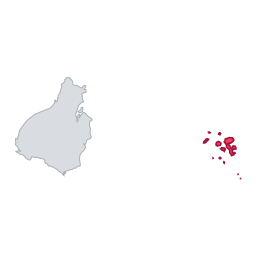 location of Galápagos within Ecuador, rotated 180°
{"feature_id": "ECU-1270", "entity_name": "Galápagos", "entity_type": "Province", "adm_level": 1, "iso_a3": "ECU", "parent_name": "Ecuador", "parent_adm1": "", "projection": "robinson", "projection_center": [-90.747, 0.131], "detail": "fine", "context": "in_parent", "style": "filled", "palette": "rose", "viewbox_px": 256, "rotation_deg": 180, "n_neighbors": 0, "source": "natural_earth", "source_scale": "10m", "svg_char_len": 7699}
<svg xmlns="http://www.w3.org/2000/svg" viewBox="0 0 256 256"><g transform="rotate(180 128 128)"><path d="M240.2,104.3L239.5,104.9L237.6,105.1L236.2,104.6L235.6,104.6L235.5,105.1L237.4,106.5L238.3,108.9L239.6,110.4L240.5,111.1L240.5,111.7L240.3,112.6L240.2,113.5L240.6,117.2L240.3,117.4L239.3,117.4L238.5,116.8L236.3,126.0L229.3,135.2L221.3,141.7L212.2,145.4L205.4,148.1L204.4,149.1L201.1,153.7L200.9,154.1L201.4,154.9L201.4,155.4L200.9,155.7L200.5,155.8L200.3,155.5L200.2,155.0L199.7,154.4L199.2,154.3L198.9,154.4L198.9,154.9L198.2,157.4L198.2,158.6L197.9,159.1L197.9,160.2L197.2,161.2L196.7,162.8L196.1,163.4L195.4,166.0L194.4,168.5L194.3,169.4L194.6,170.0L194.7,170.5L194.3,172.1L191.9,173.7L191.3,174.4L191.1,175.3L191.2,176.0L191.1,176.6L190.4,176.9L189.6,178.3L189.0,178.6L187.6,178.1L186.5,178.1L185.6,177.7L183.9,175.2L183.3,173.8L183.1,171.8L181.5,170.5L179.4,170.8L178.7,170.4L177.2,169.5L175.8,168.5L174.8,168.1L174.0,168.3L172.7,169.9L171.5,170.6L171.0,170.6L170.2,170.1L170.1,169.6L171.9,166.7L170.6,166.7L170.1,166.1L170.0,165.4L169.8,164.6L170.1,163.7L170.8,163.2L171.9,163.6L172.6,163.6L173.1,162.8L174.1,162.1L174.3,161.7L173.8,160.3L173.6,159.6L173.8,159.2L173.7,157.7L173.4,157.1L173.4,156.3L173.1,155.8L173.0,154.8L172.3,154.2L174.6,153.3L175.4,152.5L176.3,151.8L177.2,150.7L177.8,149.7L179.1,145.0L180.4,141.9L180.2,140.5L179.1,138.6L178.9,135.7L179.0,134.8L178.9,134.2L178.2,135.3L178.3,139.6L177.7,141.5L176.9,141.9L176.3,141.6L176.6,138.5L176.0,139.1L175.0,141.2L173.4,142.7L173.3,143.2L172.9,143.9L171.6,143.3L170.7,142.7L167.5,139.2L165.5,138.4L164.2,137.2L164.0,136.7L163.8,136.0L165.1,135.3L166.4,134.3L166.5,132.1L166.5,130.4L165.5,127.5L166.0,123.7L165.8,122.3L164.7,119.1L165.5,117.5L168.4,116.4L169.4,115.6L170.0,113.1L170.7,111.6L172.0,112.2L173.0,112.1L171.6,111.6L170.5,109.3L170.3,108.3L172.5,105.2L173.6,104.4L175.0,102.8L176.2,100.3L176.5,96.4L176.0,93.7L175.6,90.7L176.3,90.0L178.1,89.6L179.5,88.7L180.3,87.8L182.0,87.9L184.0,86.6L187.1,85.9L191.6,84.3L192.5,83.0L192.1,80.5L193.7,82.0L194.5,83.2L196.8,84.4L199.5,86.8L201.2,87.9L203.2,89.0L206.0,90.1L207.7,89.9L208.4,91.7L209.0,92.2L210.7,92.8L210.8,93.0L211.5,96.2L211.8,96.7L213.2,97.2L214.9,97.4L215.6,97.3L217.1,98.2L219.4,98.9L220.3,99.0L220.7,98.9L220.8,98.5L221.5,98.6L222.5,99.0L223.9,99.1L224.8,98.7L225.0,96.9L225.4,96.5L226.4,95.9L226.9,96.0L229.7,97.4L230.2,97.9L230.9,98.9L232.2,100.4L233.6,101.3L235.7,101.7L237.8,103.3L240.2,104.3ZM25.3,102.3L26.1,103.3L26.6,106.1L29.3,109.0L29.6,110.7L29.4,111.4L29.5,111.7L30.8,112.9L31.6,114.1L30.2,117.0L27.2,118.2L24.0,118.2L23.3,117.9L22.5,116.8L22.3,115.8L22.8,114.9L24.5,113.4L27.0,112.2L27.3,111.2L26.3,110.3L25.6,108.4L24.0,107.1L23.2,103.0L22.7,102.8L21.6,103.4L21.0,102.9L20.9,102.7L22.1,101.7L22.4,101.1L24.1,100.8L24.8,101.3L25.3,102.3ZM37.9,114.4L37.2,114.5L35.1,113.0L35.2,111.5L36.1,110.6L38.8,110.1L39.9,111.0L39.8,112.7L38.9,114.0L38.2,114.2L37.9,114.4ZM174.9,147.9L174.7,148.5L173.4,148.5L173.0,148.3L173.4,145.5L173.7,144.6L174.8,143.7L175.6,143.3L176.8,143.4L177.9,144.2L176.5,145.6L175.5,146.0L174.9,147.9ZM23.2,109.7L21.9,110.0L20.7,109.4L20.3,108.6L20.2,107.4L20.3,107.0L22.8,106.6L23.6,107.6L23.6,109.1L23.2,109.7ZM50.2,116.6L48.6,117.2L47.7,116.6L47.7,116.2L48.5,115.3L49.4,114.8L50.1,113.7L51.6,113.0L52.0,113.2L52.2,113.4L52.3,113.8L51.9,114.7L51.0,115.3L50.2,116.6ZM34.7,107.8L34.1,108.2L31.5,107.7L30.7,106.8L31.4,105.6L31.9,105.1L33.4,105.6L35.0,106.9L34.7,107.8ZM36.7,123.1L36.2,123.1L35.4,122.5L36.0,121.3L37.0,121.9L37.3,122.4L36.7,123.1ZM191.4,83.6L190.7,83.7L190.3,83.0L191.2,82.2L191.6,82.0L191.4,83.6Z" fill="#d9dde1" stroke="#a8b0b8" stroke-width="1"/><path d="M31.5,113.8L31.8,114.2L31.7,114.3L31.4,114.4L31.2,114.5L30.8,116.0L30.9,116.3L30.9,116.6L30.6,116.5L30.4,116.8L30.1,117.2L29.9,117.5L29.7,117.3L29.0,117.4L28.8,117.4L28.3,117.8L26.8,118.4L26.5,118.3L26.3,118.4L25.1,118.2L23.6,118.2L23.3,118.1L23.1,117.9L23.0,117.7L23.0,117.2L22.8,117.0L22.7,117.0L22.5,116.9L22.2,116.3L22.3,115.6L22.7,115.0L23.1,114.5L24.7,113.4L24.7,113.2L24.8,113.1L25.0,113.1L25.3,112.9L25.8,112.8L26.0,112.8L26.3,113.0L26.5,113.1L26.8,113.0L26.9,112.9L27.0,112.7L27.2,112.2L27.4,111.9L27.6,112.0L27.8,111.8L27.8,111.6L27.7,111.4L27.5,111.2L27.3,111.1L26.9,111.0L26.8,110.9L26.5,110.6L26.1,110.1L25.9,109.5L25.8,109.0L25.8,108.6L25.7,108.4L25.5,108.2L25.3,108.2L25.2,108.2L25.0,107.9L24.2,107.4L23.9,107.0L23.9,106.5L23.7,106.3L23.5,106.0L23.5,105.7L23.8,105.6L23.6,105.2L23.5,104.9L23.5,104.7L23.5,104.2L23.4,104.0L23.4,103.8L23.4,103.6L23.3,103.1L23.0,102.9L22.5,102.9L22.1,103.1L21.6,103.4L21.4,103.5L21.1,103.3L20.8,102.9L20.8,102.7L21.0,102.6L21.9,102.0L22.2,101.7L22.3,101.1L22.6,101.2L22.9,101.1L23.1,101.0L23.6,100.8L23.7,100.7L23.8,100.5L24.0,100.4L24.4,100.3L24.6,100.6L24.7,100.9L24.8,101.2L24.8,101.4L25.0,101.5L25.1,102.2L25.3,102.3L25.5,102.7L25.9,102.8L26.0,102.8L26.2,103.1L26.3,103.5L26.2,104.2L26.5,105.9L26.6,106.2L27.2,106.7L27.2,106.8L27.2,107.1L27.3,107.2L27.4,107.3L27.5,107.3L28.9,108.4L29.0,108.5L29.1,108.8L29.3,109.0L29.5,109.1L29.5,109.3L29.6,110.0L29.6,110.6L29.6,110.9L29.2,111.3L29.1,111.5L29.4,111.3L29.5,111.4L29.5,111.7L29.5,111.9L30.1,112.0L30.4,112.2L30.4,112.6L30.6,112.6L30.8,112.8L30.9,113.0L31.0,113.3L31.5,113.8ZM39.8,110.9L40.0,111.0L39.9,111.4L39.8,112.0L39.8,112.4L39.9,112.6L39.7,113.0L39.3,113.4L39.2,113.7L39.0,113.9L38.9,114.0L38.2,114.0L38.0,114.4L37.9,114.5L37.6,114.6L37.4,114.5L36.9,114.4L36.6,114.3L36.5,114.2L36.4,114.1L36.0,113.5L35.9,113.4L35.7,113.4L35.2,113.2L35.1,112.9L35.1,112.1L35.2,111.7L35.3,111.4L35.5,111.0L35.7,110.8L35.8,110.7L36.2,110.5L36.4,110.5L36.5,110.5L36.8,110.6L37.0,110.5L37.2,110.4L37.3,110.4L38.6,110.2L38.8,110.0L39.0,110.1L39.1,110.3L39.1,110.6L39.3,110.8L39.7,110.9L39.8,110.9ZM23.6,109.6L23.4,109.7L22.5,110.1L22.3,110.1L22.1,110.2L21.7,109.9L21.1,109.6L20.9,109.6L20.7,109.6L20.7,109.4L20.5,109.1L20.3,108.8L20.2,108.5L20.1,107.8L19.9,107.2L20.0,107.0L21.1,107.1L21.6,106.8L22.3,106.6L22.6,106.5L22.8,106.6L23.3,107.1L23.6,107.4L23.6,107.7L23.6,108.3L23.6,109.6ZM51.7,113.1L51.9,113.2L52.0,113.2L52.4,113.1L52.4,113.6L52.2,114.3L51.8,114.8L51.4,115.2L50.9,115.3L50.8,115.6L50.6,116.0L50.4,116.5L50.2,116.7L50.0,116.8L49.8,116.9L49.6,116.9L49.1,116.9L49.0,117.0L48.7,117.2L48.4,117.2L48.1,117.0L48.0,116.9L47.5,116.8L47.4,116.8L47.3,116.6L47.6,116.2L48.2,115.8L48.4,115.7L48.6,115.2L49.3,115.0L49.4,114.8L49.6,114.3L49.7,114.2L50.1,113.8L50.2,113.6L50.3,113.5L50.8,113.3L50.9,113.2L51.1,113.2L51.5,113.0L51.7,113.1ZM34.8,107.0L35.0,107.1L34.9,107.4L34.6,107.9L34.5,108.2L34.3,108.3L34.0,108.3L33.4,108.1L32.4,108.1L32.2,108.0L31.9,107.8L31.7,107.7L31.4,107.9L31.2,107.6L31.1,107.2L31.0,106.9L30.6,106.8L31.2,105.9L31.2,105.7L31.3,105.2L31.5,105.0L31.8,104.9L31.9,105.0L31.9,104.9L32.2,105.2L33.1,105.5L33.5,105.6L33.9,105.8L34.6,106.6L35.0,106.9L34.9,106.9L34.9,107.0L34.8,107.0ZM37.3,121.8L37.5,122.0L37.4,122.2L37.4,122.3L37.2,122.4L37.1,122.5L37.1,122.8L36.6,123.2L36.0,123.1L35.8,123.0L35.6,122.8L35.3,122.6L35.5,122.4L35.6,122.2L35.8,121.5L35.9,121.3L36.0,121.2L36.2,121.4L36.4,121.3L36.8,121.4L37.1,121.6L37.3,121.8ZM35.5,98.4L35.4,98.3L35.2,98.2L35.1,97.6L35.3,97.4L35.6,97.2L35.9,97.1L36.2,97.2L36.5,97.4L36.8,97.7L36.9,98.0L36.6,98.4L36.3,98.6L36.0,98.7L35.8,98.6L35.7,98.4L35.5,98.4ZM46.9,123.1L47.3,123.2L47.6,123.5L47.6,123.9L47.2,124.0L46.7,124.0L45.7,123.4L45.9,123.1L46.1,123.1L46.8,123.1L46.9,123.1ZM31.7,92.7L32.2,93.1L32.4,93.8L32.2,94.3L31.6,94.0L31.7,93.7L31.6,93.0L31.7,92.7ZM43.0,97.5L43.2,98.0L43.1,97.9L42.9,97.9L42.9,98.0L42.7,97.8L42.8,97.6L43.0,97.5ZM17.9,81.6L18.0,81.6L18.0,81.8L17.9,81.8L17.9,81.7L17.9,81.6ZM15.4,77.4L15.5,77.4L15.5,77.6L15.4,77.6L15.4,77.4Z" fill="#f43f5e" stroke="#9f1239" stroke-width="1.5"/></g></svg>